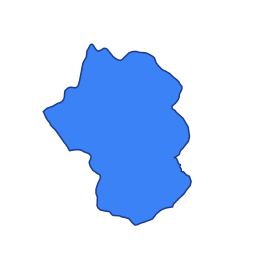 Huambo, orthographic projection, rotated 148°
{"feature_id": "AGO-1890", "entity_name": "Huambo", "entity_type": "Province", "adm_level": 1, "iso_a3": "AGO", "parent_name": "Angola", "parent_adm1": "", "projection": "orthographic", "projection_center": [15.812, -12.604], "detail": "fine", "context": "isolated", "style": "filled", "palette": "blue", "viewbox_px": 256, "rotation_deg": 148, "n_neighbors": 0, "source": "natural_earth", "source_scale": "10m", "svg_char_len": 2738}
<svg xmlns="http://www.w3.org/2000/svg" viewBox="0 0 256 256"><g transform="rotate(148 128 128)"><path d="M132.0,37.5L138.1,40.0L141.5,40.7L143.9,40.9L146.8,40.5L150.0,40.1L151.1,39.5L155.5,37.9L164.6,39.7L167.5,40.6L171.3,41.0L172.8,41.7L173.6,42.1L174.2,44.2L174.5,45.0L174.6,45.6L174.7,46.1L174.7,46.7L175.3,50.5L175.5,50.9L175.8,51.4L176.9,52.4L178.2,54.1L179.9,55.4L180.5,56.1L180.8,56.7L181.3,57.4L182.2,58.4L186.2,61.2L186.9,61.8L187.1,62.1L187.5,62.9L187.8,65.2L187.8,66.1L187.9,66.6L188.4,67.2L192.3,70.5L192.9,71.3L194.2,72.4L194.8,73.1L195.1,73.8L195.6,75.5L195.7,76.4L195.4,78.6L195.2,79.0L194.1,80.3L191.8,83.9L190.8,85.2L190.1,87.5L189.9,89.3L187.8,92.7L186.6,93.9L182.2,97.5L180.8,98.3L178.7,99.7L177.9,100.4L177.5,100.9L177.3,101.3L177.1,101.7L176.9,102.5L176.9,103.4L177.2,104.2L178.2,105.7L179.0,108.0L180.1,110.5L180.3,112.7L180.3,114.9L179.9,117.1L179.4,118.7L178.9,119.7L178.3,120.2L175.9,121.7L174.6,122.9L174.3,124.1L174.5,126.1L175.3,127.8L178.0,131.2L179.2,133.7L180.8,135.3L182.5,136.5L186.1,138.4L189.4,139.6L189.6,139.8L189.6,140.2L189.3,144.1L189.5,147.9L189.9,150.2L189.8,151.7L190.0,153.9L190.5,164.0L192.0,170.9L192.1,171.7L192.0,172.1L191.7,172.9L191.6,173.8L192.0,176.0L192.0,180.3L191.1,186.8L186.1,187.6L183.8,187.1L180.9,186.4L174.3,186.1L171.9,185.4L169.6,185.5L167.5,186.4L165.9,187.6L162.5,192.2L161.4,193.1L158.5,193.6L156.7,193.6L154.9,192.9L151.9,190.4L150.9,189.8L149.4,189.8L148.1,190.1L144.7,193.0L131.8,206.9L125.6,210.4L123.1,213.7L121.8,215.1L115.8,218.5L114.7,218.4L113.9,217.8L113.6,216.2L113.6,212.4L113.4,210.7L112.8,209.2L111.5,208.7L109.8,208.4L106.4,208.4L104.9,207.5L103.9,205.8L102.8,196.4L102.1,194.5L101.2,192.3L98.9,189.4L96.9,189.2L87.1,191.2L83.6,190.4L80.5,188.6L78.1,185.9L74.1,183.1L72.3,181.3L69.9,177.3L69.0,175.4L68.5,173.6L68.8,171.7L69.1,170.4L69.6,168.8L69.3,164.8L68.2,159.9L67.8,158.9L66.1,156.4L63.7,151.7L62.8,147.9L60.8,142.2L60.5,140.1L60.6,138.1L60.3,134.5L61.4,132.9L62.9,131.6L66.6,129.4L67.9,127.4L69.4,126.2L71.2,125.1L73.0,124.4L75.6,123.7L78.9,123.3L80.3,121.2L78.8,117.7L78.8,115.9L76.5,108.3L76.2,106.8L76.5,97.0L80.2,88.5L81.7,86.7L83.8,84.8L92.3,81.7L94.6,81.2L95.6,80.9L96.3,80.4L97.3,79.5L98.6,78.5L100.3,78.3L104.1,78.3L103.4,77.4L103.2,77.0L103.1,76.2L103.3,74.2L103.7,72.6L103.8,72.0L104.1,71.2L104.1,70.7L103.8,70.3L103.3,69.6L103.1,69.3L103.1,68.9L103.4,68.5L103.8,68.3L104.2,68.1L104.5,67.9L104.6,67.5L104.7,67.1L104.6,65.6L104.7,65.2L104.8,64.8L105.2,64.0L105.4,63.7L105.6,63.4L105.6,62.9L105.5,62.5L105.0,62.0L104.5,61.8L104.2,61.3L104.0,60.8L103.9,59.7L103.8,59.0L103.5,57.6L101.6,54.5L102.8,49.2L105.6,46.4L111.5,44.3L114.2,43.0L116.3,42.3L122.1,41.3L129.9,39.3L132.0,37.5Z" fill="#3b82f6" stroke="#1e3a8a" stroke-width="1.5"/></g></svg>